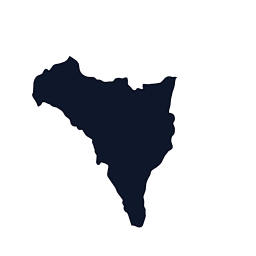 the Department of Cerro Largo, rotated 60°
{"feature_id": "URY-12", "entity_name": "Cerro Largo", "entity_type": "Department", "adm_level": 1, "iso_a3": "URY", "parent_name": "Uruguay", "parent_adm1": "", "projection": "albers", "projection_center": [-54.394, -32.345], "detail": "fine", "context": "isolated", "style": "filled", "palette": "ink", "viewbox_px": 256, "rotation_deg": 60, "n_neighbors": 0, "source": "natural_earth", "source_scale": "10m", "svg_char_len": 3520}
<svg xmlns="http://www.w3.org/2000/svg" viewBox="0 0 256 256"><g transform="rotate(60 128 128)"><path d="M108.3,61.5L108.5,62.3L110.8,64.5L113.5,66.4L116.0,68.8L118.6,71.8L124.3,77.1L128.9,80.3L132.9,84.2L134.9,85.5L135.8,85.4L136.6,84.4L138.1,83.0L139.7,82.4L141.3,82.6L142.9,83.3L144.3,84.4L144.8,85.1L145.5,86.5L146.2,87.2L147.1,87.5L149.8,87.8L151.2,88.2L152.4,88.8L154.8,90.4L155.7,91.5L156.1,92.5L156.3,93.5L156.8,94.5L157.6,95.5L158.7,96.5L161.0,98.0L165.8,99.0L167.0,99.8L167.5,101.2L167.6,104.6L169.9,110.3L174.1,116.6L175.0,119.3L175.6,122.6L175.8,127.6L176.2,129.2L176.9,130.5L179.0,132.4L179.8,133.6L181.2,136.1L182.9,138.4L184.8,140.5L190.0,144.2L194.8,149.7L199.4,151.3L203.0,153.6L204.3,154.0L207.0,154.1L209.7,155.8L212.3,157.0L213.6,158.0L219.0,164.0L219.7,165.4L219.4,167.2L218.3,168.6L215.3,170.9L213.7,172.9L203.8,170.7L201.7,170.5L201.1,170.5L200.3,170.7L198.9,171.5L198.2,171.7L197.5,171.7L196.5,171.6L195.8,171.4L195.3,171.1L194.2,170.1L193.6,169.9L192.7,169.9L191.1,169.9L190.3,169.8L189.8,169.5L189.2,168.8L188.9,168.4L188.5,168.1L188.1,167.9L187.7,167.8L178.9,168.8L176.9,168.7L174.0,168.2L160.3,169.2L159.5,169.1L158.8,168.9L158.3,168.7L157.5,168.2L152.3,163.9L151.5,163.4L151.0,163.2L150.2,163.2L149.3,163.4L147.0,164.8L146.6,165.1L146.0,165.7L144.3,167.3L144.0,167.7L143.7,168.1L143.7,168.6L143.8,169.1L143.9,169.5L144.4,170.4L144.6,170.8L144.7,171.3L144.5,171.9L144.1,172.2L142.9,172.3L142.3,172.1L141.7,171.9L141.4,171.6L136.9,168.5L136.5,168.3L136.0,168.1L135.4,168.1L133.7,168.2L133.1,168.2L132.5,168.1L132.0,168.0L131.5,167.7L130.7,167.2L130.3,166.9L128.0,166.7L126.3,166.1L123.2,165.7L122.6,165.5L122.2,165.3L121.8,165.0L121.1,164.3L120.7,164.1L119.9,164.1L118.7,164.6L114.6,166.9L112.9,167.5L108.3,167.8L107.2,167.6L106.6,167.7L106.0,168.0L105.6,168.8L105.1,170.0L104.9,170.5L104.5,170.9L103.9,171.2L102.7,171.4L102.0,171.3L101.4,171.2L100.9,171.2L100.4,171.4L100.0,172.0L99.4,173.0L98.8,173.8L98.4,174.1L97.7,174.4L96.5,174.7L95.7,174.7L95.0,174.5L93.5,174.0L92.4,173.7L91.3,173.7L90.5,173.8L86.7,175.4L85.4,175.7L82.8,175.6L80.5,175.9L79.4,176.2L74.6,178.7L73.2,179.9L72.0,181.3L71.2,181.9L70.8,182.2L68.0,183.3L67.1,184.0L66.4,184.7L65.9,185.1L64.1,186.2L63.7,186.5L63.2,187.1L62.8,187.8L62.5,188.4L62.4,189.1L62.6,190.0L63.8,192.0L63.9,192.7L63.9,194.5L59.7,193.9L53.8,194.2L52.5,194.1L51.7,193.8L51.4,193.5L50.4,192.2L50.2,191.9L42.4,186.9L41.3,186.0L39.7,184.2L38.8,182.6L38.4,181.6L38.2,180.5L38.2,179.9L38.6,177.6L38.8,175.8L38.7,175.2L38.6,174.7L38.2,174.0L36.9,172.0L36.5,171.2L36.3,170.4L36.4,169.9L36.7,169.5L37.0,169.2L37.5,169.0L38.5,168.7L39.0,168.5L39.3,168.2L39.4,167.7L39.4,167.1L39.3,166.5L37.1,161.6L37.0,161.0L37.0,159.8L37.3,158.7L38.4,155.7L39.5,150.5L39.6,149.3L39.5,148.1L39.1,146.0L37.4,142.8L44.7,139.4L47.5,139.2L52.9,141.3L55.7,141.8L58.6,141.4L61.1,140.2L63.3,138.5L65.0,136.5L66.7,133.6L67.9,132.3L70.9,131.4L71.5,130.6L72.1,129.5L72.9,128.5L73.7,127.9L75.4,127.0L76.2,126.4L77.6,124.7L79.3,120.7L80.5,118.7L80.8,117.6L80.5,116.5L79.9,115.4L79.6,114.4L79.7,113.5L80.0,112.5L80.7,111.0L82.6,108.9L83.3,107.6L83.5,105.3L84.4,104.3L86.5,105.0L89.8,107.0L91.0,106.8L92.8,106.3L94.5,105.8L96.3,105.6L98.2,105.0L99.4,103.6L99.6,101.8L98.8,100.3L99.6,99.1L101.7,97.4L102.2,96.2L102.0,94.6L100.9,94.2L99.5,93.9L98.2,92.9L101.0,88.8L102.1,86.0L103.2,83.8L105.2,78.9L105.6,77.2L105.2,74.8L103.8,70.5L103.9,68.2L104.3,67.2L105.0,66.1L105.8,65.2L106.4,64.8L106.7,64.4L107.8,62.1L108.2,61.6L108.3,61.5Z" fill="#0f172a" stroke="#020617" stroke-width="1.5"/></g></svg>